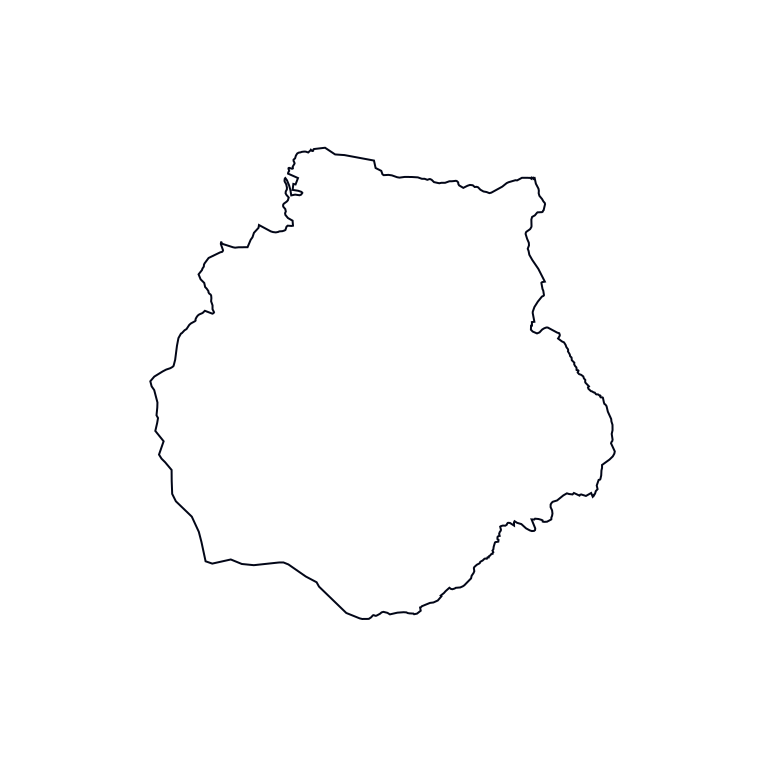 Pausesti-Maglasi, Vâlcea, Romania, rotated 46°
{"feature_id": "2599482B55299870706734", "entity_name": "Pausesti-Maglasi", "entity_type": "district", "adm_level": 2, "iso_a3": "ROU", "parent_name": "Romania", "parent_adm1": "Vâlcea", "projection": "equal_earth", "projection_center": [24.244, 45.144], "detail": "fine", "context": "isolated", "style": "outline", "palette": "ink", "viewbox_px": 768, "rotation_deg": 46, "n_neighbors": 0, "source": "geoboundaries", "source_scale": "gbopen_adm2", "svg_char_len": 6165}
<svg xmlns="http://www.w3.org/2000/svg" viewBox="0 0 768 768"><g transform="rotate(46 384 384)"><path d="M609.9,312.1L609.6,310.7L610.1,310.8L609.4,308.2L608.2,306.1L608.0,303.4L604.8,301.5L602.1,296.2L602.8,295.1L602.7,294.4L600.6,291.2L597.3,287.7L595.8,285.4L593.7,283.4L595.0,274.3L595.0,269.7L594.1,266.7L592.8,264.8L584.4,261.9L583.8,260.8L583.6,259.4L582.8,258.2L578.1,254.9L576.0,251.7L572.1,248.0L568.9,246.4L567.0,244.9L559.4,242.2L554.5,239.3L552.5,239.0L551.6,239.3L550.3,238.8L546.0,236.1L545.5,236.1L544.1,237.4L543.1,237.2L542.8,236.5L542.3,236.5L541.7,237.0L540.1,237.3L539.2,238.3L538.6,238.6L536.5,238.4L535.8,239.0L533.8,239.5L532.9,240.1L529.5,240.3L528.1,239.6L528.1,238.2L523.2,238.2L522.3,237.9L520.9,236.4L518.8,236.3L517.0,235.4L514.4,235.8L512.4,236.8L510.3,236.7L509.6,234.9L509.1,234.8L507.8,235.8L507.4,235.6L507.1,235.1L505.7,234.1L503.5,234.0L501.8,233.4L500.9,232.3L497.4,232.4L495.2,230.7L493.4,230.8L491.7,229.8L488.3,229.0L487.6,228.0L486.7,227.5L484.2,227.2L482.0,226.2L479.1,225.6L477.1,226.4L472.2,227.2L471.4,224.2L470.9,223.5L469.2,222.7L467.4,223.7L457.1,227.0L456.1,228.0L455.2,230.1L454.7,232.4L454.9,236.3L453.9,238.8L449.6,240.6L447.0,240.6L444.2,237.7L444.8,237.0L442.2,234.6L443.7,232.6L436.2,227.7L435.3,226.7L433.1,222.3L431.6,216.1L430.8,209.7L431.4,208.0L431.2,207.2L427.5,204.6L425.8,204.0L420.8,200.7L420.5,200.4L420.6,199.4L422.1,197.2L408.4,193.0L397.9,191.2L392.0,189.7L388.6,187.5L386.6,186.7L385.0,183.4L383.0,181.7L379.0,180.2L374.4,177.9L373.6,176.7L373.4,175.9L374.1,171.3L373.5,169.1L373.0,168.3L368.0,163.7L366.7,161.4L367.5,158.3L367.1,154.8L367.2,154.3L370.1,151.0L370.3,150.1L369.8,149.1L369.9,148.5L366.5,143.2L365.4,142.6L363.4,142.5L360.7,141.8L356.6,141.5L354.2,140.2L352.6,138.4L350.8,137.2L345.4,135.6L340.4,132.5L340.1,132.9L340.5,133.7L340.4,134.0L339.3,133.3L338.8,134.1L338.1,134.4L338.7,135.4L337.1,135.8L331.5,141.5L330.0,146.8L328.7,147.9L325.4,154.2L324.7,156.2L324.2,161.8L320.9,173.9L319.9,175.6L317.1,176.9L314.6,178.7L311.2,179.7L307.8,179.7L306.5,180.4L305.3,181.9L302.7,182.1L300.5,183.9L299.4,186.2L298.0,190.7L293.3,192.0L291.8,191.6L290.5,190.6L288.9,190.6L287.8,191.1L285.6,194.0L283.6,196.1L281.7,200.3L279.1,203.0L278.0,204.8L273.5,207.8L270.2,207.9L268.8,208.4L268.2,208.9L267.2,211.0L264.5,212.3L262.7,214.2L258.9,216.1L254.3,220.3L249.4,225.3L246.3,229.5L244.4,230.9L239.4,233.4L236.7,235.5L233.5,239.2L232.0,239.4L228.8,237.9L222.8,240.0L216.3,236.0L191.9,253.4L184.9,259.7L173.1,262.3L166.3,271.2L166.3,272.0L167.0,272.9L166.9,273.4L166.2,273.9L164.7,273.9L164.9,274.8L164.8,277.7L162.6,278.8L161.4,279.9L159.9,281.9L159.4,283.1L158.3,284.7L157.9,286.3L158.5,288.7L159.9,291.2L159.8,293.2L160.7,294.1L162.4,294.6L163.3,295.2L164.2,298.6L165.6,299.8L165.3,300.6L162.6,302.1L162.4,302.6L162.8,303.2L164.8,304.1L165.3,305.9L166.0,306.9L176.1,302.8L179.0,309.0L177.1,310.2L180.9,314.9L185.4,311.5L188.5,309.9L189.8,310.0L190.2,312.0L189.6,313.6L186.0,316.4L183.9,319.7L179.6,316.7L175.2,314.3L170.1,312.3L167.3,311.9L167.3,312.6L168.3,314.0L169.3,314.8L172.4,315.6L175.3,317.4L176.6,318.8L177.2,320.8L178.4,322.3L180.1,322.8L183.7,323.0L185.1,325.6L185.2,327.3L184.7,330.8L184.9,331.8L185.8,332.9L186.6,333.3L189.6,333.5L191.7,334.8L192.4,336.5L193.9,337.5L197.9,337.8L203.0,336.3L206.9,339.5L206.2,340.6L203.2,343.3L203.1,344.8L204.7,347.9L204.5,348.8L203.5,350.9L201.5,353.3L201.1,354.5L199.8,356.5L197.6,358.3L195.6,359.4L182.8,363.5L184.5,365.8L184.9,372.5L187.1,376.7L187.6,379.6L190.8,387.1L184.5,393.8L182.5,396.4L180.8,397.6L171.5,402.6L169.9,402.9L168.4,402.2L169.9,404.1L176.0,406.9L176.5,408.0L176.5,408.6L175.5,410.4L171.5,422.6L172.6,429.3L173.1,430.6L174.4,432.1L174.8,434.3L175.6,435.8L176.3,441.2L181.3,443.2L186.4,443.1L190.0,445.3L192.2,445.3L195.2,445.8L196.2,446.6L197.5,446.9L199.2,446.6L200.3,446.9L202.3,448.5L204.4,450.9L208.3,452.7L211.1,455.4L214.3,456.4L214.6,457.5L214.2,458.6L206.9,462.0L206.9,465.2L205.6,468.6L205.4,470.5L205.8,472.7L206.5,474.6L207.5,475.5L207.5,476.4L206.3,480.8L206.2,483.0L207.3,487.9L206.8,490.2L207.0,494.0L206.7,495.1L208.2,500.0L212.7,506.4L221.5,517.4L224.8,522.8L224.8,524.3L224.2,526.7L222.3,530.7L221.2,534.5L219.1,544.1L219.7,550.2L224.3,552.8L228.7,553.5L239.9,559.8L243.5,563.5L248.5,569.4L251.5,570.2L254.5,574.3L258.9,581.1L272.1,582.3L278.5,594.9L283.2,595.9L288.2,595.8L298.3,596.5L306.2,604.0L315.9,612.7L323.8,615.2L345.9,614.4L361.7,619.9L370.9,625.1L387.6,635.5L393.9,632.3L403.8,616.1L414.7,611.3L423.9,603.5L439.3,583.7L442.5,580.3L447.4,578.1L468.1,574.0L479.8,570.2L484.6,571.5L522.5,570.2L535.7,564.3L537.9,562.9L542.4,558.1L542.9,555.3L542.7,552.8L543.1,552.0L544.8,551.2L545.4,550.4L546.5,546.5L546.6,544.4L547.5,542.7L551.0,540.5L553.8,539.8L557.8,533.2L561.8,528.4L563.9,526.5L565.2,526.1L566.7,525.0L569.6,522.3L570.5,522.3L572.1,519.8L572.6,515.1L569.9,513.3L570.2,512.9L570.2,511.0L573.4,503.0L575.5,500.2L577.1,495.7L576.6,490.2L575.6,490.2L576.0,486.1L575.8,483.6L576.0,478.5L577.9,478.2L579.1,477.4L580.2,475.3L580.5,473.9L583.3,470.5L584.3,467.8L584.6,466.0L584.3,456.4L582.8,454.1L582.2,451.0L581.4,449.1L578.8,447.2L578.4,446.1L578.5,442.8L579.3,440.1L579.3,439.3L578.8,438.2L579.5,435.6L579.5,433.2L579.8,432.5L581.1,431.4L580.6,429.9L581.5,429.2L580.8,427.9L581.1,427.1L580.9,424.9L581.6,423.8L580.9,423.0L580.9,422.2L579.2,421.7L578.9,420.2L577.3,418.2L575.1,414.3L575.2,413.6L576.8,411.3L575.7,409.9L574.3,410.1L573.3,409.1L572.8,408.3L573.0,407.2L573.6,406.3L571.8,405.3L570.9,403.6L570.7,402.2L570.2,401.2L567.3,399.5L567.4,398.8L568.3,397.0L570.2,395.1L570.5,393.5L570.0,392.4L569.9,391.5L570.1,391.1L571.5,389.9L576.2,388.8L573.8,386.6L573.4,385.4L576.3,384.7L580.2,382.5L586.5,382.1L590.6,380.8L592.5,379.8L593.9,378.1L594.0,376.8L592.9,375.5L583.9,371.9L585.9,370.0L585.8,368.9L588.5,366.6L591.3,365.0L592.3,364.7L593.2,365.4L594.3,364.7L596.3,362.4L597.5,358.2L597.6,357.7L596.3,356.3L595.6,354.7L594.2,352.8L591.7,350.9L588.3,349.7L586.4,347.8L585.9,345.7L586.0,344.3L588.0,340.4L588.7,332.4L589.7,328.4L591.7,327.3L594.4,325.1L594.3,323.1L600.1,320.9L599.9,319.9L600.4,318.9L604.8,316.5L606.3,310.7L609.9,312.1Z" fill="none" stroke="#020617" stroke-width="2"/></g></svg>